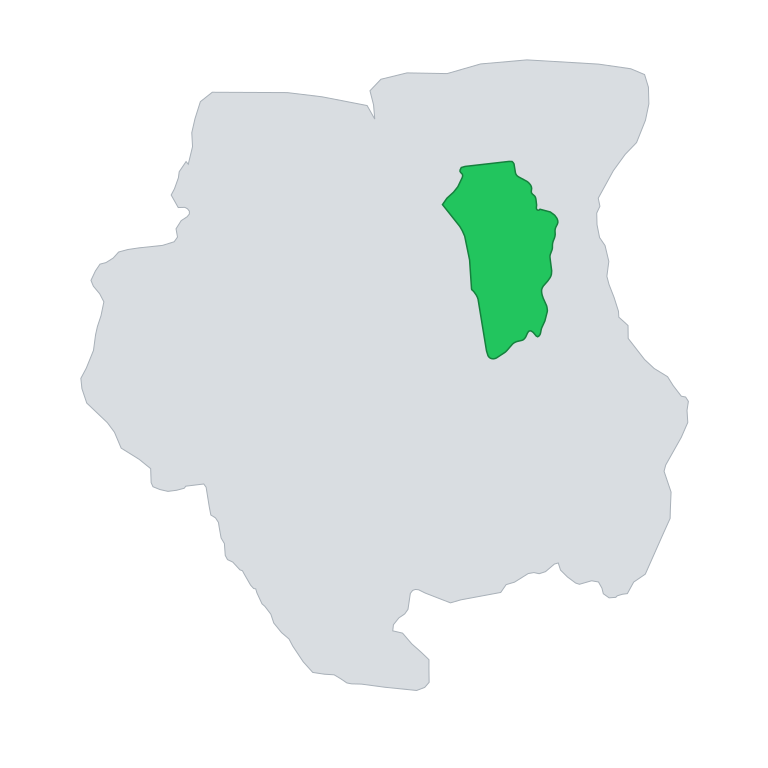 location of Brokopondo within Suriname, rotated 354°
{"feature_id": "SUR-66", "entity_name": "Brokopondo", "entity_type": "District", "adm_level": 1, "iso_a3": "SUR", "parent_name": "Suriname", "parent_adm1": "", "projection": "mercator", "projection_center": [-55.026, 4.667], "detail": "fine", "context": "in_parent", "style": "filled", "palette": "green", "viewbox_px": 768, "rotation_deg": 354, "n_neighbors": 0, "source": "natural_earth", "source_scale": "10m", "svg_char_len": 3912}
<svg xmlns="http://www.w3.org/2000/svg" viewBox="0 0 768 768"><g transform="rotate(354 384 384)"><path d="M660.4,170.3L647.9,180.8L634.4,195.8L616.5,221.6L617.3,229.8L613.4,236.3L612.5,247.9L613.7,260.9L618.3,269.4L620.4,285.6L616.9,300.2L618.2,308.6L621.9,322.1L624.8,336.3L624.5,342.1L628.8,346.8L632.8,351.4L631.6,364.2L645.7,386.9L654.3,396.8L666.8,406.4L671.4,415.8L678.4,427.2L682.6,428.5L684.9,433.1L682.6,441.9L682.1,454.0L674.1,468.1L655.7,494.0L653.4,500.1L658.2,521.5L655.6,539.1L654.5,547.6L645.5,563.0L624.0,600.4L611.6,607.1L604.1,617.9L599.3,618.0L593.9,619.0L592.2,620.4L585.5,620.2L580.2,615.5L579.4,609.8L576.6,603.3L569.9,601.4L557.4,603.6L553.8,602.0L546.3,595.1L540.1,587.5L538.6,580.2L534.6,580.9L525.0,587.5L518.5,588.9L513.4,587.2L507.6,587.6L493.1,594.7L484.5,596.3L478.3,603.5L437.8,606.7L427.2,608.6L403.1,596.2L396.8,592.2L393.6,591.6L390.9,592.3L388.3,595.0L384.3,610.6L380.6,614.8L374.3,618.2L368.2,624.4L366.9,630.4L376.4,633.7L384.4,645.3L393.0,654.7L399.9,662.9L398.9,672.2L397.7,685.4L392.8,690.0L384.4,692.2L353.7,685.8L330.2,680.1L320.3,678.8L315.8,677.4L310.0,672.5L304.0,668.0L294.5,666.4L283.0,663.4L274.6,651.8L265.9,635.2L262.9,627.7L256.1,620.5L249.4,610.2L247.4,601.1L242.3,592.7L239.7,589.9L235.8,578.5L235.0,574.3L233.0,573.8L230.3,570.1L224.9,557.9L223.7,554.9L221.3,553.8L215.0,545.3L210.0,542.3L208.2,537.9L208.6,526.0L205.9,520.1L205.1,508.9L204.9,504.4L202.4,499.5L198.1,496.2L197.4,488.1L196.3,468.1L194.3,464.6L176.2,464.9L174.4,466.8L166.6,468.0L157.9,468.2L150.0,465.5L143.5,462.0L142.1,457.7L143.1,443.8L132.6,433.3L115.9,420.3L110.9,403.8L104.8,393.5L86.4,371.9L83.1,357.1L83.1,346.7L89.6,337.1L98.6,320.2L102.3,304.9L105.0,296.9L109.7,286.5L114.0,273.0L110.7,264.6L105.2,256.4L103.4,250.3L108.8,241.4L114.1,235.1L120.2,234.2L127.9,230.4L133.9,225.0L143.2,223.5L154.7,223.0L178.2,223.0L190.2,220.6L194.0,216.3L193.4,207.9L199.4,200.3L205.7,197.1L208.2,194.6L208.5,191.8L206.9,189.2L204.4,187.5L197.8,187.0L192.1,173.8L196.0,168.0L201.1,157.4L202.5,151.5L210.4,142.1L212.3,145.0L218.4,127.9L219.1,114.0L223.8,100.3L230.9,84.0L243.7,75.9L318.3,84.1L352.4,91.9L396.3,105.3L402.5,119.6L402.8,105.3L400.7,90.9L412.8,80.6L439.4,77.0L479.2,81.9L513.5,75.8L560.0,76.6L630.8,88.3L662.4,96.3L675.5,103.5L678.0,116.5L676.7,133.1L671.6,149.0L660.4,170.3Z" fill="#d9dde1" stroke="#a8b0b8" stroke-width="1"/><path d="M531.6,175.7L534.6,176.1L535.6,177.3L536.3,178.7L536.8,187.7L537.2,189.3L538.1,190.8L539.4,192.0L547.3,197.4L548.7,198.7L549.8,200.2L550.7,201.7L551.2,203.3L551.3,204.9L550.6,208.0L550.7,209.4L551.5,210.7L552.6,211.8L553.7,213.1L554.2,214.5L554.4,216.0L554.5,222.0L554.0,224.3L553.9,225.5L554.3,226.6L555.3,227.3L556.2,227.3L557.4,226.5L567.4,230.3L571.4,234.0L573.2,237.1L573.6,238.3L573.9,239.9L573.8,241.5L573.2,243.0L571.2,246.1L570.5,247.7L570.1,249.4L569.9,253.1L569.5,254.8L568.8,256.6L567.1,259.8L566.5,261.4L566.1,263.0L565.7,266.4L565.2,268.0L562.9,272.6L562.4,274.1L562.3,275.8L562.6,288.9L562.0,292.3L561.3,294.0L560.3,295.6L557.5,298.8L552.6,303.3L551.4,305.0L550.6,306.8L550.4,308.5L550.4,310.3L550.6,312.1L551.3,315.3L553.9,323.2L554.1,324.7L554.2,327.9L553.9,329.2L550.6,338.1L546.7,344.7L546.0,346.4L545.0,349.7L544.3,351.2L543.2,352.4L541.8,353.1L540.4,352.2L537.8,348.3L536.1,346.8L535.1,346.4L533.7,346.6L532.6,347.6L531.7,348.9L529.9,352.0L528.7,353.4L527.3,354.5L525.8,355.0L521.0,355.6L519.3,356.0L517.6,356.7L516.0,357.7L509.6,363.7L508.1,364.9L498.5,369.9L497.0,370.3L495.4,370.4L493.9,370.1L492.4,369.4L491.2,368.2L490.4,366.8L489.4,361.8L486.4,309.5L485.9,307.4L485.0,305.1L483.1,301.7L481.4,299.5L481.2,299.5L481.1,299.4L481.0,298.4L482.1,269.7L479.7,245.4L477.9,239.8L475.9,235.3L460.9,211.7L466.0,205.8L473.2,200.5L478.1,195.5L483.4,186.8L483.9,185.5L484.0,184.5L483.8,183.5L483.2,182.7L482.4,181.7L481.8,180.4L482.1,179.0L483.5,176.8L487.4,176.1L531.6,175.7Z" fill="#22c55e" stroke="#15803d" stroke-width="1.5"/></g></svg>